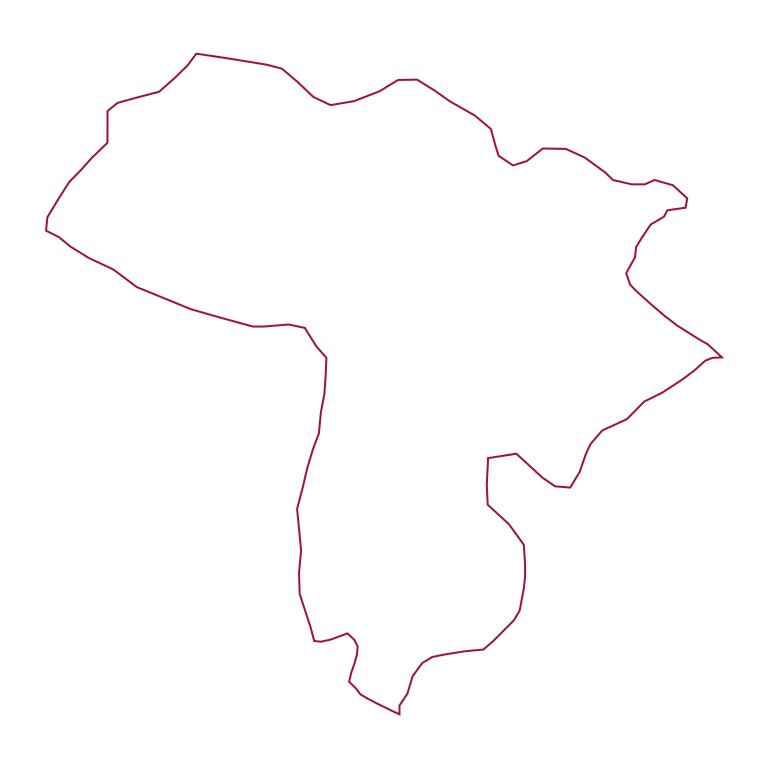 the district of Agstafa District, Ağstafa, Azerbaijan
{"feature_id": "54616110B36354954300290", "entity_name": "Agstafa District", "entity_type": "district", "adm_level": 2, "iso_a3": "AZE", "parent_name": "Azerbaijan", "parent_adm1": "Ağstafa", "projection": "albers", "projection_center": [45.48, 41.215], "detail": "fine", "context": "isolated", "style": "outline", "palette": "rose", "viewbox_px": 768, "rotation_deg": 0, "n_neighbors": 0, "source": "geoboundaries", "source_scale": "gbopen_adm2", "svg_char_len": 1759}
<svg xmlns="http://www.w3.org/2000/svg" viewBox="0 0 768 768"><path d="M721.9,357.4L720.7,356.2L707.6,344.2L699.3,339.5L677.4,325.7L664.0,315.4L651.0,304.3L636.2,291.0L630.1,284.6L626.2,273.2L635.0,257.3L636.1,247.1L641.6,238.1L650.7,224.5L664.0,216.7L667.3,210.3L685.6,207.7L687.2,198.3L672.8,185.2L654.5,180.0L644.9,184.3L631.5,184.3L612.9,180.0L605.5,172.7L584.7,157.5L565.7,148.9L542.8,148.5L526.8,161.1L513.0,165.4L498.7,155.9L495.6,146.3L490.9,129.0L474.9,115.6L449.8,101.3L435.1,90.9L417.0,79.6L398.0,80.0L379.4,91.3L353.9,101.2L330.5,105.1L313.3,96.9L297.3,81.7L281.8,68.6L266.7,64.7L226.1,58.1L196.3,53.7L187.6,65.4L173.8,78.8L159.0,91.8L137.8,97.3L117.5,102.9L107.5,111.1L107.5,125.4L107.4,142.8L91.4,158.3L81.8,169.1L69.2,182.1L59.2,197.7L47.4,217.2L46.1,230.3L46.1,230.7L59.0,237.2L70.7,246.8L89.2,258.2L113.5,269.6L136.8,287.1L191.1,309.3L224.9,318.9L252.7,326.5L264.2,326.5L288.6,324.5L304.8,327.9L316.3,346.3L326.4,357.8L325.7,374.8L324.4,393.9L320.9,412.2L318.9,433.3L312.8,449.6L307.3,468.0L302.5,488.4L297.1,508.8L301.1,550.4L299.0,572.9L299.7,594.0L310.8,628.0L314.2,641.0L317.9,641.4L320.8,641.7L330.6,639.6L347.5,633.4L354.3,639.8L357.7,646.6L356.9,654.7L354.8,662.5L351.2,672.9L349.1,681.8L355.7,688.1L360.5,694.4L368.7,699.2L377.4,703.7L393.1,711.4L399.5,714.3L399.5,705.5L407.4,693.7L412.6,676.2L422.2,663.1L432.2,657.0L445.2,654.4L464.8,651.3L483.5,649.5L493.5,640.8L513.9,620.3L519.7,610.5L523.9,588.0L525.1,576.2L525.1,564.8L523.8,544.8L509.0,524.3L487.7,504.7L486.8,484.7L488.1,458.1L516.3,453.7L542.4,477.6L555.0,486.3L570.2,487.6L579.7,471.9L585.7,454.5L590.5,444.0L602.2,430.5L626.9,419.1L644.3,401.5L662.0,392.8L682.5,379.4L694.7,370.2L705.2,360.7L712.7,357.8L721.9,357.4Z" fill="none" stroke="#9f1239" stroke-width="2"/></svg>